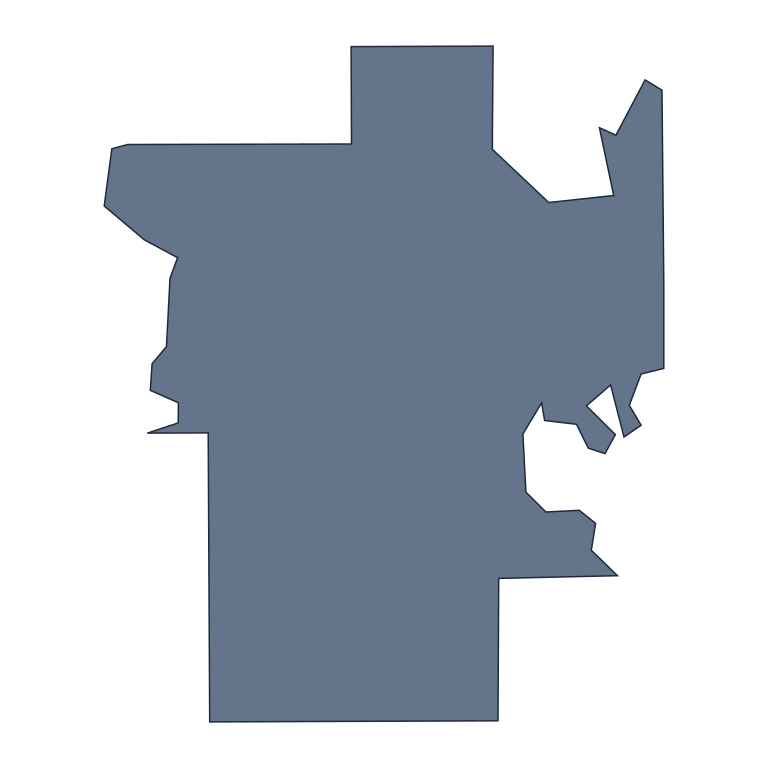 outline of Humphreys, Mississippi, United States of America
{"feature_id": "52423323B56025650408789", "entity_name": "Humphreys", "entity_type": "district", "adm_level": 2, "iso_a3": "USA", "parent_name": "United States of America", "parent_adm1": "Mississippi", "projection": "orthographic", "projection_center": [-90.489, 33.126], "detail": "fine", "context": "isolated", "style": "filled", "palette": "slate", "viewbox_px": 768, "rotation_deg": 0, "n_neighbors": 0, "source": "geoboundaries", "source_scale": "gbopen_adm2", "svg_char_len": 716}
<svg xmlns="http://www.w3.org/2000/svg" viewBox="0 0 768 768"><path d="M127.8,144.5L111.9,148.7L104.2,206.0L144.4,239.9L177.6,257.7L170.0,278.2L166.5,346.5L152.1,363.8L150.3,390.4L178.4,402.8L178.2,422.9L147.3,433.1L208.2,432.9L209.7,721.9L498.0,720.8L498.7,578.4L617.5,575.7L591.3,550.3L595.6,523.4L579.3,510.3L545.9,512.0L525.9,492.1L522.9,434.0L541.6,402.9L544.6,420.5L576.5,424.3L588.3,448.2L605.0,453.6L615.4,434.6L586.4,405.9L610.6,384.9L624.0,437.0L641.1,425.2L629.3,405.3L641.1,374.0L663.8,368.4L663.8,283.1L662.0,90.2L645.1,79.9L615.9,135.2L599.4,127.7L613.7,195.5L548.7,202.5L492.4,149.4L492.4,134.5L493.1,46.1L351.1,46.6L351.5,144.0L127.8,144.5Z" fill="#64748b" stroke="#1e293b" stroke-width="1.5"/></svg>